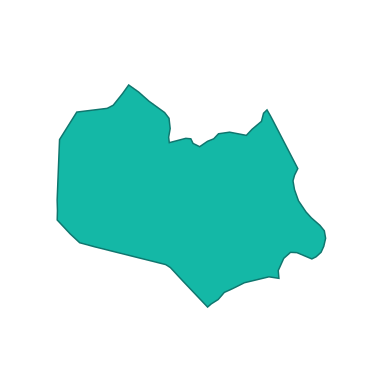 the district of Joca Marques, Piauí, Brazil, rotated 110°
{"feature_id": "56859067B3346916621202", "entity_name": "Joca Marques", "entity_type": "district", "adm_level": 2, "iso_a3": "BRA", "parent_name": "Brazil", "parent_adm1": "Piauí", "projection": "orthographic", "projection_center": [-42.438, -3.542], "detail": "fine", "context": "isolated", "style": "filled", "palette": "teal", "viewbox_px": 384, "rotation_deg": 110, "n_neighbors": 0, "source": "geoboundaries", "source_scale": "gbopen_adm2", "svg_char_len": 930}
<svg xmlns="http://www.w3.org/2000/svg" viewBox="0 0 384 384"><g transform="rotate(110 192 192)"><path d="M133.8,100.6L97.1,140.5L93.5,144.5L89.2,149.6L93.5,151.7L101.9,150.9L106.4,153.5L112.5,157.0L120.2,160.3L122.9,177.1L128.2,187.0L134.6,189.8L139.1,194.8L146.8,200.3L146.0,207.6L142.4,211.3L143.7,216.2L153.4,230.2L148.5,232.7L139.9,234.2L130.6,238.8L126.7,244.9L121.4,263.5L116.3,276.4L113.1,288.1L123.2,290.9L137.4,295.7L142.4,300.3L156.3,327.6L188.0,334.4L245.6,316.0L255.7,312.0L264.4,309.1L273.0,292.2L278.1,280.2L276.8,264.7L269.2,191.9L270.4,186.5L279.0,169.7L294.8,138.0L290.5,135.6L284.0,130.6L275.3,127.3L269.0,120.9L259.4,111.8L245.4,90.7L243.4,80.8L236.3,84.1L223.0,83.1L215.0,78.8L213.1,72.7L213.9,56.5L210.4,53.2L204.5,50.1L198.0,49.6L189.8,50.6L183.2,54.4L179.7,60.2L175.4,71.2L171.8,78.0L163.9,88.9L154.7,96.5L147.0,100.9L141.1,101.4L133.8,100.6Z" fill="#14b8a6" stroke="#0f766e" stroke-width="1.5"/></g></svg>